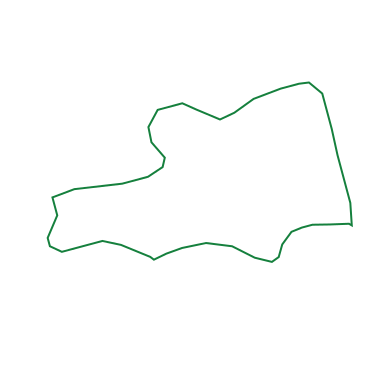 Glasgow, Robinson projection, rotated 165°
{"feature_id": "GBR-2004", "entity_name": "Glasgow", "entity_type": "Unitary District (city)", "adm_level": 1, "iso_a3": "GBR", "parent_name": "United Kingdom", "parent_adm1": "", "projection": "robinson", "projection_center": [-4.241, 55.85], "detail": "fine", "context": "isolated", "style": "outline", "palette": "green", "viewbox_px": 384, "rotation_deg": 165, "n_neighbors": 0, "source": "natural_earth", "source_scale": "10m", "svg_char_len": 749}
<svg xmlns="http://www.w3.org/2000/svg" viewBox="0 0 384 384"><g transform="rotate(165 192 192)"><path d="M41.9,173.6L41.9,167.3L41.9,140.5L46.3,118.4L48.6,120.7L67.4,125.0L84.1,129.2L95.1,129.2L106.2,127.8L118.4,118.0L125.1,106.7L132.9,103.8L148.4,112.3L167.3,129.2L191.7,139.1L216.1,140.5L232.7,139.1L246.3,136.5L249.1,140.1L274.3,159.3L291.2,167.9L314.7,167.9L333.2,167.9L343.3,176.4L343.3,185.0L328.2,204.3L328.2,222.9L304.9,225.2L257.2,218.1L230.5,218.1L213.9,223.7L209.4,232.2L218.3,250.5L217.3,266.0L203.9,280.2L178.4,280.2L166.2,270.3L163.6,268.3L146.2,254.8L130.6,257.6L108.4,266.0L79.6,268.9L60.7,268.9L50.7,267.5L40.7,253.4L40.7,233.8L40.7,232.2L40.7,216.7L41.9,189.9L41.9,173.6Z" fill="none" stroke="#15803d" stroke-width="2"/></g></svg>